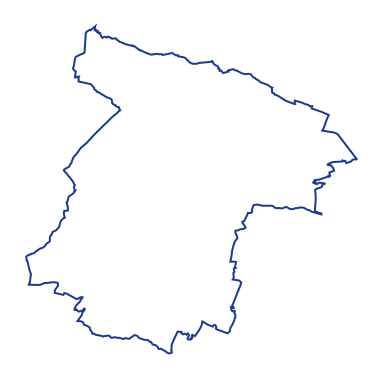 outline of Tamna, Mehedinti, Romania, rotated 182°
{"feature_id": "2599482B4127462983922", "entity_name": "Tamna", "entity_type": "district", "adm_level": 2, "iso_a3": "ROU", "parent_name": "Romania", "parent_adm1": "Mehedinti", "projection": "natural_earth1", "projection_center": [23.01, 44.562], "detail": "fine", "context": "isolated", "style": "outline", "palette": "blue", "viewbox_px": 384, "rotation_deg": 182, "n_neighbors": 0, "source": "geoboundaries", "source_scale": "gbopen_adm2", "svg_char_len": 5930}
<svg xmlns="http://www.w3.org/2000/svg" viewBox="0 0 384 384"><g transform="rotate(182 192 192)"><path d="M294.6,354.1L299.1,350.1L299.7,350.6L302.5,348.7L303.2,348.2L303.7,346.8L304.3,327.4L311.5,323.8L313.0,322.7L313.3,322.0L313.8,319.7L314.4,314.1L315.3,311.2L313.8,309.3L312.3,308.4L313.0,303.7L312.5,303.6L312.7,302.4L309.0,303.4L309.5,301.4L309.2,300.8L309.3,298.5L296.7,296.2L293.4,292.5L293.2,291.3L291.1,289.9L291.1,289.4L290.3,288.6L289.7,288.8L280.3,283.6L277.4,282.8L275.6,281.6L275.1,280.0L275.0,278.3L274.3,277.5L272.0,275.9L271.4,276.0L270.8,275.1L269.5,274.4L268.0,274.2L267.7,273.8L267.8,273.1L267.4,272.7L267.3,271.6L266.7,271.1L268.3,270.0L269.3,268.6L274.6,263.9L292.7,244.8L299.2,237.1L301.9,234.8L305.0,231.7L307.8,227.4L311.6,222.6L313.4,217.8L313.6,216.3L314.6,215.6L315.6,213.1L319.6,210.7L320.8,209.6L320.8,208.9L317.1,205.2L316.4,203.9L314.9,202.7L310.9,197.7L310.5,196.4L309.4,194.9L310.0,193.7L310.0,192.0L309.1,189.8L309.6,188.6L309.0,188.8L310.6,186.4L315.0,183.2L316.5,176.9L317.2,177.9L315.4,171.9L315.5,169.0L319.0,168.7L319.4,165.9L318.2,161.9L319.5,161.4L322.1,158.5L323.6,152.5L325.8,149.8L326.8,148.7L329.8,147.3L330.5,145.8L330.6,144.7L331.2,144.3L332.4,142.0L332.4,137.8L333.5,136.6L334.8,136.1L337.5,132.5L339.3,131.1L341.7,130.2L344.1,128.6L344.5,127.9L346.1,127.2L347.7,125.2L350.1,124.9L351.1,123.9L353.1,123.5L355.4,121.7L354.9,117.8L354.2,117.5L351.2,106.9L350.1,104.6L350.9,95.8L351.8,94.6L351.9,93.7L341.7,93.7L339.0,94.5L335.7,96.1L333.7,96.0L327.6,97.0L324.2,96.8L323.0,96.5L322.6,93.8L325.6,89.1L325.7,86.4L316.9,84.7L316.1,86.5L315.4,86.5L313.3,85.9L303.8,81.0L301.9,81.5L300.2,82.7L298.7,83.1L297.7,82.9L298.2,81.8L299.7,79.9L300.1,78.5L303.5,75.0L305.3,71.5L305.2,70.0L304.7,70.0L303.8,70.7L303.5,70.6L303.4,69.8L302.4,69.7L301.1,68.5L297.6,69.6L295.7,71.7L295.0,71.3L295.4,70.2L297.4,67.5L297.6,65.9L298.0,64.9L301.9,59.0L298.6,58.9L296.9,58.2L296.1,57.8L295.4,55.8L294.8,55.3L292.7,54.9L289.5,53.0L289.1,51.1L286.9,48.1L286.7,47.2L286.3,46.8L284.9,47.0L283.4,46.0L277.2,45.0L275.8,44.4L274.5,45.0L273.5,45.0L271.3,45.6L269.1,45.2L268.2,43.7L266.8,43.5L264.2,44.2L260.8,43.6L259.6,43.8L255.4,42.6L253.5,43.7L250.7,43.1L249.4,43.2L248.2,44.3L244.4,47.0L241.6,46.3L240.3,44.6L237.7,43.5L234.3,42.6L231.0,42.5L229.2,41.0L227.5,40.5L226.0,38.2L223.4,37.8L221.8,36.8L220.6,35.6L219.8,34.0L217.1,34.2L215.1,32.8L213.8,32.5L211.3,30.6L208.8,29.9L208.0,30.0L206.6,30.7L206.6,32.1L207.3,32.6L206.9,36.4L207.1,38.2L205.3,43.1L201.5,51.9L197.6,51.8L197.9,50.7L195.9,49.4L194.7,50.2L192.4,49.2L191.4,50.6L190.6,50.0L190.0,48.3L191.4,45.7L191.3,45.0L190.1,44.4L188.3,44.5L188.0,45.8L187.2,45.4L186.4,46.7L186.5,47.3L187.5,48.0L185.6,47.5L187.1,48.6L187.1,48.9L186.8,49.2L183.9,48.2L180.1,54.1L177.8,58.8L177.1,63.0L171.3,59.8L166.4,58.2L165.7,59.6L164.7,60.0L164.1,59.8L163.1,58.4L163.3,56.3L162.3,55.5L151.4,52.0L149.3,54.2L148.8,57.8L147.2,60.5L145.5,64.7L144.4,68.6L144.3,70.5L145.1,71.6L145.1,74.4L146.1,74.8L146.8,74.0L147.7,74.5L148.7,75.9L148.8,77.3L146.2,77.6L146.2,78.0L147.3,79.0L148.5,79.0L147.8,79.7L140.2,101.0L139.6,103.4L142.0,105.2L148.2,106.0L147.3,107.4L147.8,112.6L146.9,113.5L147.6,116.5L147.1,117.2L146.0,117.6L146.6,117.9L145.5,123.5L147.2,123.9L151.2,123.6L150.2,130.1L150.0,133.9L148.9,139.4L148.1,141.3L148.2,142.2L146.6,145.4L145.1,147.2L145.5,149.6L147.2,152.7L147.4,153.9L147.2,154.8L146.8,155.0L144.5,155.3L142.5,156.4L139.4,156.9L137.2,158.2L138.1,160.0L140.6,163.0L140.6,164.1L139.0,164.4L135.7,171.7L135.4,173.0L132.4,173.2L131.5,173.6L131.2,174.5L131.6,175.9L130.0,181.0L126.5,181.8L120.7,180.7L111.6,181.1L110.3,180.6L109.0,179.3L105.9,178.7L105.4,179.1L101.5,178.7L97.1,180.5L93.7,178.5L91.1,178.3L87.8,179.5L85.0,179.7L84.1,180.3L79.8,180.2L76.7,178.5L73.8,177.8L71.9,176.5L61.9,174.1L62.0,175.1L66.8,176.0L66.6,176.5L68.6,177.0L68.1,189.1L68.4,194.0L69.1,198.0L68.8,198.8L67.1,199.7L62.6,201.4L62.4,203.0L61.4,204.1L58.9,205.1L65.2,205.8L66.7,204.7L68.0,204.2L69.4,205.1L68.8,205.3L68.7,205.8L69.7,205.7L70.3,205.0L70.8,205.1L71.1,206.1L69.3,206.8L69.9,208.0L69.6,208.3L65.3,208.8L57.0,212.0L56.2,211.9L56.3,212.9L55.6,213.0L55.3,212.4L54.9,212.6L55.2,213.2L54.6,213.3L55.4,216.3L50.8,218.1L51.5,220.6L54.3,223.7L56.9,223.5L57.4,224.2L55.1,225.8L51.6,226.9L43.1,227.7L42.7,228.7L42.0,228.1L39.9,228.5L39.1,226.5L38.7,226.3L33.9,228.2L33.1,229.5L32.6,229.8L31.2,230.2L29.1,230.3L28.6,230.7L48.1,254.5L49.6,255.5L51.7,256.3L64.0,257.9L62.8,259.9L60.0,268.8L58.0,273.7L64.7,276.4L75.4,279.7L75.4,280.5L74.8,281.7L74.8,282.0L77.4,281.9L78.8,283.1L82.0,283.8L85.7,285.3L92.4,286.9L92.4,285.0L92.8,284.3L92.1,283.5L92.3,283.4L101.3,286.4L109.2,291.0L112.1,292.3L112.8,292.2L113.2,293.3L114.8,293.8L115.6,294.8L115.4,296.3L116.0,298.2L115.3,299.0L118.1,300.3L120.0,301.7L127.5,304.1L130.0,306.2L132.1,307.1L133.0,308.2L135.1,308.8L137.1,311.6L139.4,312.1L142.8,311.6L146.3,312.3L151.6,315.0L153.3,315.1L154.5,316.0L155.7,316.1L157.6,315.4L158.9,315.4L159.2,314.9L160.4,314.5L159.9,313.6L165.0,311.9L167.3,314.4L168.6,314.0L168.7,315.8L170.1,316.3L169.6,316.9L170.3,318.3L173.8,320.0L175.5,321.8L175.7,322.8L176.5,323.6L177.2,322.8L189.7,321.2L191.3,320.4L195.7,320.1L198.7,321.3L203.3,325.6L204.8,326.3L210.6,327.2L210.6,327.9L211.0,328.3L213.1,328.0L216.6,330.2L225.1,328.1L226.4,328.0L227.2,328.7L229.9,328.5L231.6,328.9L237.7,327.8L243.3,329.7L249.0,332.1L249.7,331.8L250.6,333.1L252.5,334.0L254.1,335.5L256.3,335.7L256.5,336.4L257.0,336.5L257.3,336.1L260.5,336.7L265.4,338.0L267.7,339.1L269.7,339.5L270.6,340.6L272.7,341.6L273.1,342.8L276.2,342.7L276.6,342.4L277.9,342.6L278.3,342.9L278.4,343.3L280.2,343.8L281.2,344.4L281.9,344.3L282.6,343.4L284.3,344.0L285.2,343.9L286.9,342.9L287.3,343.2L287.5,343.8L288.2,344.3L288.9,346.2L290.0,347.1L289.6,347.8L290.7,348.3L291.4,347.8L292.4,348.6L291.9,348.8L292.0,349.9L293.0,349.8L293.7,350.6L294.0,350.1L294.9,350.3L294.7,352.2L294.9,353.1L294.6,354.1Z" fill="none" stroke="#1e3a8a" stroke-width="2"/></g></svg>